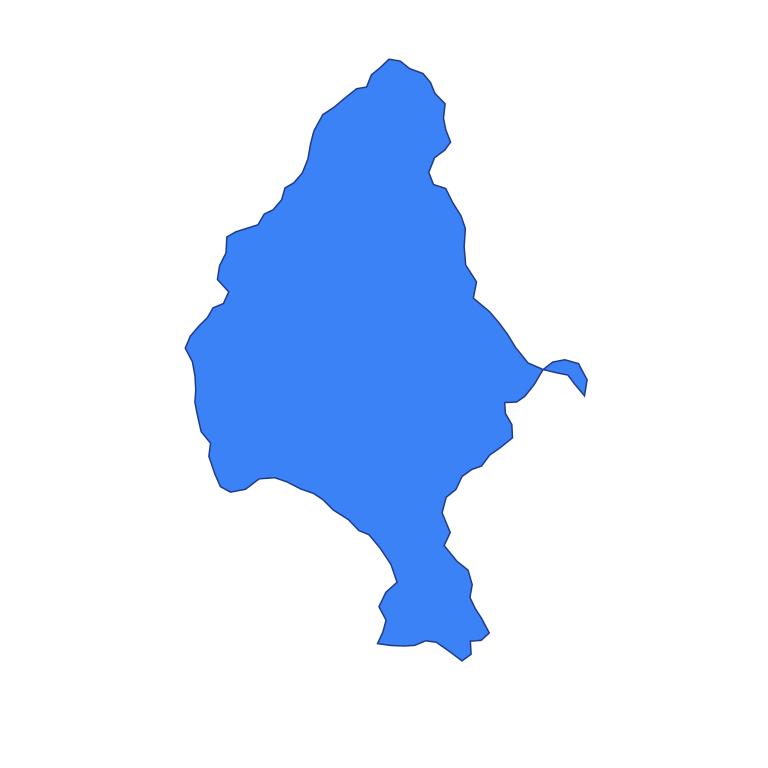 Senador Cortes, Minas Gerais, Brazil, rotated 150°
{"feature_id": "56859067B45306296887702", "entity_name": "Senador Cortes", "entity_type": "district", "adm_level": 2, "iso_a3": "BRA", "parent_name": "Brazil", "parent_adm1": "Minas Gerais", "projection": "natural_earth1", "projection_center": [-42.912, -21.761], "detail": "fine", "context": "isolated", "style": "filled", "palette": "blue", "viewbox_px": 768, "rotation_deg": 150, "n_neighbors": 0, "source": "geoboundaries", "source_scale": "gbopen_adm2", "svg_char_len": 1756}
<svg xmlns="http://www.w3.org/2000/svg" viewBox="0 0 768 768"><g transform="rotate(150 384 384)"><path d="M417.3,115.8L416.7,132.2L417.3,144.0L416.3,156.1L407.9,166.2L404.3,180.8L409.5,194.1L412.7,214.0L400.9,222.3L398.1,243.4L386.8,254.8L374.5,256.7L362.7,264.9L350.8,266.1L340.4,264.2L328.1,269.6L314.7,270.8L299.6,273.2L293.6,284.9L293.6,297.8L288.8,307.6L278.1,302.1L268.3,302.9L254.2,308.4L239.0,317.0L248.8,330.3L251.8,349.9L252.2,365.5L253.8,379.3L256.4,393.7L263.7,413.7L252.8,426.2L253.8,446.2L246.0,462.7L235.8,478.0L233.2,491.2L233.8,506.9L232.8,522.5L241.4,532.0L239.4,544.9L227.1,554.7L214.3,556.2L205.4,560.2L203.4,573.1L199.6,584.4L191.0,596.1L194.6,610.2L193.0,621.7L195.0,633.4L204.2,644.4L208.5,655.6L217.3,662.8L229.1,659.9L240.4,658.0L250.6,649.9L260.1,653.4L276.1,651.0L288.4,648.7L302.3,647.9L318.3,638.1L327.6,628.6L337.4,616.9L349.2,607.6L361.5,603.3L371.7,603.3L380.6,594.7L393.0,590.3L402.7,591.1L413.5,584.9L436.2,589.9L446.6,589.9L455.3,576.5L467.1,568.8L476.0,557.8L472.4,541.4L482.8,534.0L494.0,535.4L503.9,529.7L515.1,526.8L528.0,522.2L538.2,514.4L538.8,499.1L543.7,485.4L550.1,472.8L556.9,462.7L561.1,450.5L566.2,434.1L563.8,419.5L571.8,409.0L575.4,391.0L577.0,376.9L571.0,367.1L556.5,362.1L539.5,364.3L525.4,357.4L517.2,348.0L508.5,334.6L499.7,324.4L494.7,314.3L490.9,300.2L482.6,284.2L479.0,269.6L472.4,261.0L469.4,243.8L468.2,224.2L471.8,205.8L486.4,202.7L499.7,193.7L500.3,178.4L508.9,169.8L519.4,162.4L508.9,154.2L497.7,147.1L488.2,142.3L476.4,140.8L467.8,134.2L460.9,119.3L454.9,105.2L443.7,106.4L437.8,118.1L428.0,113.4L417.3,115.8ZM239.0,317.0L229.1,307.6L220.3,299.8L218.9,288.5L216.3,273.5L206.0,286.1L205.4,304.5L215.3,314.6L226.9,318.6L239.0,317.0Z" fill="#3b82f6" stroke="#1e3a8a" stroke-width="1.5"/></g></svg>